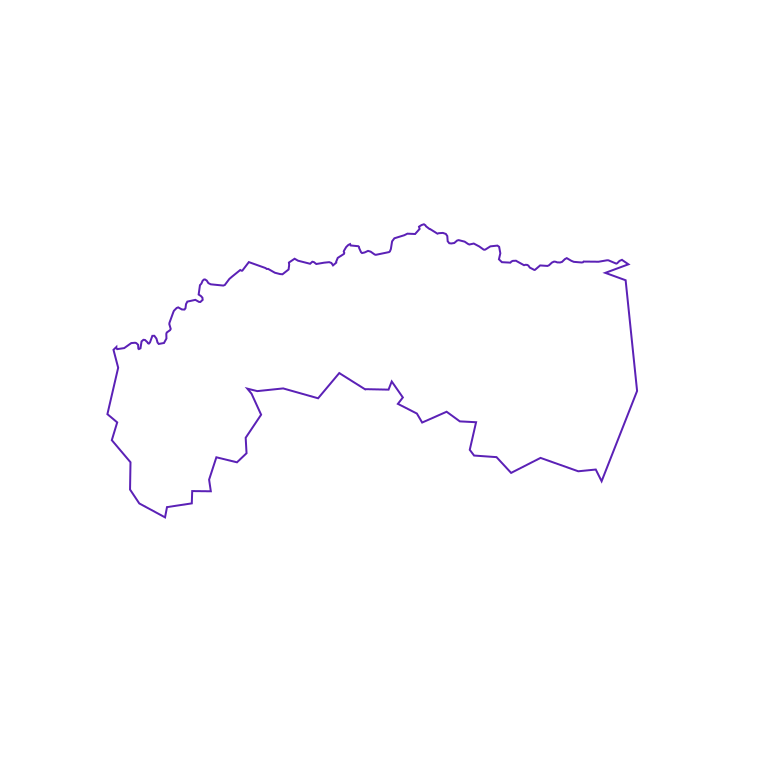 Mingo, West Virginia, United States of America (Natural Earth projection), rotated 130°
{"feature_id": "52423323B3909693217248", "entity_name": "Mingo", "entity_type": "district", "adm_level": 2, "iso_a3": "USA", "parent_name": "United States of America", "parent_adm1": "West Virginia", "projection": "natural_earth1", "projection_center": [-82.154, 37.743], "detail": "fine", "context": "isolated", "style": "outline", "palette": "violet", "viewbox_px": 768, "rotation_deg": 130, "n_neighbors": 0, "source": "geoboundaries", "source_scale": "gbopen_adm2", "svg_char_len": 2962}
<svg xmlns="http://www.w3.org/2000/svg" viewBox="0 0 768 768"><g transform="rotate(130 384 384)"><path d="M584.9,576.5L584.9,563.7L602.0,556.4L606.9,527.9L628.1,510.7L632.8,494.7L626.9,466.0L617.8,471.1L599.0,454.5L589.3,462.1L577.5,447.7L569.7,456.5L547.9,465.3L538.5,446.3L525.4,444.8L514.1,455.4L486.5,458.4L476.6,479.2L475.4,485.7L470.9,476.5L452.2,458.4L437.3,425.3L404.4,425.3L400.2,394.9L399.8,394.8L385.4,376.9L377.1,379.7L382.2,360.9L390.3,360.6L385.5,339.8L389.0,330.0L365.0,318.2L363.9,301.9L354.1,288.9L379.3,276.0L380.9,269.0L367.7,250.8L370.4,229.5L340.0,216.6L326.0,179.1L313.4,166.8L318.6,154.8L227.1,185.5L226.6,185.7L149.2,265.6L156.6,285.9L135.2,273.7L135.9,280.8L135.9,281.5L138.3,282.7L141.7,283.0L142.5,283.5L145.0,291.6L145.9,292.7L152.4,298.2L161.9,309.8L162.8,309.8L163.8,310.6L168.4,317.1L169.2,319.6L170.1,324.9L172.1,325.7L176.0,326.1L177.7,327.2L179.5,329.5L180.0,331.0L180.9,332.4L183.0,333.4L187.0,333.9L188.5,334.7L192.8,340.6L199.4,341.7L200.0,342.2L201.1,347.2L200.5,349.4L200.7,350.8L201.7,352.2L203.0,353.1L204.6,361.2L204.7,362.1L206.8,364.4L208.2,365.1L209.8,365.2L214.9,372.0L214.6,376.1L209.1,378.9L204.9,384.0L205.1,386.1L205.3,386.3L210.2,391.0L215.9,392.8L216.6,393.4L217.0,394.1L217.4,399.4L218.7,405.5L222.3,408.3L222.7,409.7L223.1,413.7L225.8,419.3L227.1,420.2L230.8,420.8L233.1,422.8L234.2,424.5L233.7,427.0L230.0,430.6L229.3,433.1L230.4,436.0L233.3,439.0L234.5,439.7L234.6,440.6L235.7,448.4L236.0,448.7L236.2,453.2L235.8,454.3L236.0,456.1L238.1,457.4L241.0,458.3L242.3,456.4L249.1,456.6L253.8,462.7L257.0,464.1L265.7,469.7L269.5,469.5L276.2,465.5L278.7,464.7L279.8,465.0L290.3,473.3L290.8,474.4L291.2,479.3L292.3,481.8L295.7,483.4L297.8,485.0L297.8,486.3L295.9,490.3L295.0,491.4L295.0,492.3L299.3,498.6L298.6,499.9L300.4,500.7L303.4,501.0L307.6,500.3L308.4,500.0L309.1,498.7L310.1,498.3L317.1,500.5L321.2,499.2L321.7,498.6L322.3,498.7L325.9,499.3L325.1,502.1L325.9,504.3L329.6,507.9L335.6,513.0L335.7,516.1L336.4,517.5L339.4,517.9L344.8,529.1L345.5,533.0L352.1,534.9L353.7,533.2L357.6,530.7L365.2,532.3L366.6,534.3L368.9,539.1L370.3,546.7L371.3,547.9L371.3,549.2L377.5,565.9L388.2,565.4L388.8,566.0L389.1,567.4L399.3,569.4L402.9,570.0L410.5,569.6L411.9,570.4L419.0,580.8L419.6,583.4L418.7,586.3L419.0,588.4L419.8,589.1L421.5,589.3L424.5,588.4L426.6,588.5L434.6,583.5L434.3,580.8L434.6,578.6L436.1,577.0L439.2,577.4L440.0,578.4L440.8,582.6L447.3,587.6L450.1,587.0L453.5,584.8L455.2,584.7L456.8,586.7L457.6,590.9L459.1,591.7L462.9,592.0L464.3,591.6L475.0,587.7L476.1,587.0L478.9,582.8L480.2,582.5L484.2,583.5L485.5,583.0L489.0,579.9L494.0,578.9L498.1,582.3L497.8,584.1L495.5,587.5L494.7,590.9L496.0,592.4L502.6,590.0L504.2,590.1L504.5,591.0L504.1,592.0L503.9,595.4L504.8,596.7L507.2,597.1L513.2,593.5L514.8,594.2L514.8,594.9L512.0,597.6L511.9,600.1L512.4,601.2L515.1,603.9L523.5,606.1L528.8,610.8L528.6,612.0L527.7,612.8L531.7,613.2L542.4,598.1L584.9,576.5Z" fill="none" stroke="#5b21b6" stroke-width="2"/></g></svg>